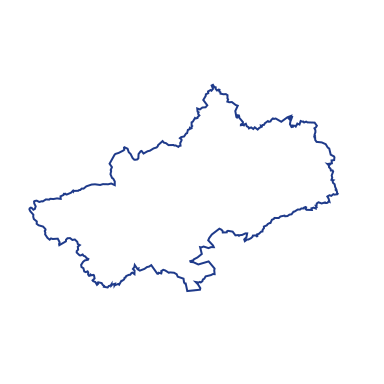 outline of Monte Escobedo, Zacatecas, Mexico, rotated 47°
{"feature_id": "50627088B79961961900141", "entity_name": "Monte Escobedo", "entity_type": "district", "adm_level": 2, "iso_a3": "MEX", "parent_name": "Mexico", "parent_adm1": "Zacatecas", "projection": "orthographic", "projection_center": [-103.457, 22.38], "detail": "fine", "context": "isolated", "style": "outline", "palette": "blue", "viewbox_px": 384, "rotation_deg": 47, "n_neighbors": 0, "source": "geoboundaries", "source_scale": "gbopen_adm2", "svg_char_len": 6054}
<svg xmlns="http://www.w3.org/2000/svg" viewBox="0 0 384 384"><g transform="rotate(47 192 192)"><path d="M261.2,263.0L268.9,252.8L268.0,251.5L263.5,250.6L260.3,250.7L262.7,248.9L263.1,247.6L264.1,247.3L264.3,245.2L263.4,243.7L263.8,242.2L263.0,239.6L265.7,234.8L266.3,232.6L267.5,231.5L264.5,229.2L263.4,227.7L254.1,227.2L249.3,236.8L244.4,238.8L242.2,240.7L241.4,240.4L242.8,237.6L242.5,236.6L243.6,232.6L244.0,227.1L237.9,223.7L238.8,223.1L239.8,220.7L244.3,218.2L245.3,215.7L247.2,213.7L245.5,213.1L238.4,213.1L237.4,210.8L236.6,206.5L237.5,197.0L239.6,196.2L241.4,196.2L242.6,197.1L245.2,194.1L244.6,193.1L244.9,192.2L248.7,189.3L253.3,189.8L255.0,187.6L256.0,187.5L255.9,186.9L257.6,184.6L258.7,181.2L259.9,179.9L262.2,183.1L262.3,186.1L264.0,186.9L264.3,184.2L265.2,183.2L266.0,180.3L266.0,178.3L265.4,177.2L267.1,175.1L268.7,174.8L268.8,174.2L267.4,173.3L268.2,171.6L268.2,168.4L268.9,167.4L267.8,166.0L267.5,164.0L266.3,163.0L267.4,160.1L267.1,158.6L267.6,156.5L268.2,155.8L266.8,152.5L267.5,150.6L267.2,149.4L270.2,146.3L270.2,144.0L272.4,140.4L273.2,140.5L274.7,138.6L275.0,136.2L276.2,134.4L275.6,131.2L276.2,130.5L276.9,126.7L278.5,125.0L278.6,123.3L280.1,121.7L279.8,120.9L280.4,119.2L281.1,119.0L282.0,120.5L283.1,120.4L286.9,116.6L285.4,115.8L286.4,113.7L288.4,112.8L288.0,112.5L288.2,111.3L286.4,110.8L286.9,110.2L285.5,108.6L285.8,106.5L288.8,105.0L290.3,101.9L290.8,102.1L291.8,101.1L292.3,100.2L292.0,98.4L292.8,98.1L290.0,96.6L287.6,96.1L287.7,95.4L288.2,93.6L289.8,92.8L290.0,90.1L291.0,89.7L292.8,87.2L292.6,86.6L291.9,86.7L290.2,85.5L288.6,85.5L288.7,84.8L285.8,83.8L283.6,82.4L281.5,82.6L279.8,81.7L279.8,80.6L278.2,81.7L277.2,79.7L275.2,78.6L273.3,74.8L272.1,74.5L271.0,75.8L269.4,74.8L267.4,74.9L265.9,73.8L264.0,73.8L266.0,72.5L266.0,71.7L265.3,71.8L266.4,70.1L264.1,68.4L265.6,66.3L263.8,64.2L262.8,63.9L259.3,65.1L253.8,62.0L252.1,62.4L248.2,61.6L244.2,63.3L240.3,66.7L238.0,66.4L236.1,64.8L235.7,65.2L234.6,64.6L234.7,63.7L233.7,63.3L232.4,60.9L230.9,59.6L228.9,59.0L229.2,57.3L228.7,55.5L224.9,55.0L219.8,60.1L218.4,60.5L217.6,62.6L216.3,62.6L215.9,63.3L214.2,64.1L215.9,67.3L215.1,67.5L214.5,68.7L213.9,68.6L214.9,71.5L213.8,71.6L212.1,73.0L213.1,73.7L212.4,74.9L209.2,74.1L207.6,72.1L205.3,67.4L204.3,67.6L205.4,71.1L204.0,71.1L203.5,68.6L202.4,71.3L201.5,78.8L195.3,80.7L194.4,82.3L193.4,82.6L193.3,84.5L193.9,86.5L193.1,87.9L191.9,88.1L191.4,91.9L192.0,93.5L191.1,94.8L191.7,96.2L190.6,96.5L191.6,97.2L191.0,99.0L191.1,101.4L187.5,102.0L187.7,104.2L185.1,104.7L184.3,107.0L183.1,106.5L181.3,107.1L178.8,106.1L178.3,107.6L178.7,108.6L177.6,109.1L176.5,110.7L176.0,110.2L176.5,108.2L175.7,107.1L168.6,106.7L168.8,105.9L168.0,105.5L166.7,106.5L167.7,106.9L168.2,108.3L167.4,108.4L162.3,105.1L160.1,99.7L158.2,100.7L153.4,101.5L151.7,103.6L150.0,104.5L148.9,102.4L147.8,102.3L145.4,100.0L143.5,100.5L142.0,102.3L139.5,104.1L138.4,103.2L137.1,103.5L136.0,102.2L135.3,102.6L134.8,104.5L132.4,104.3L131.6,103.3L130.3,104.1L127.9,103.6L127.5,105.0L130.9,106.3L131.2,108.7L130.1,108.9L129.4,111.7L130.8,112.7L130.0,115.2L131.1,116.5L132.4,121.0L139.0,121.7L139.3,124.3L137.3,126.8L137.0,129.9L134.5,131.2L137.0,133.1L138.2,132.8L138.6,133.8L139.5,134.4L141.0,134.4L141.1,137.0L141.6,137.5L140.8,139.1L139.9,139.3L141.1,143.3L140.8,144.8L143.2,147.0L143.9,146.9L144.1,148.0L145.1,148.8L144.6,150.0L143.8,150.0L144.4,151.0L143.8,152.7L145.6,155.4L145.2,156.6L146.0,159.9L144.5,162.4L144.4,164.1L146.3,163.8L147.1,164.4L148.2,167.3L150.3,168.8L149.6,170.0L149.7,171.2L146.8,172.2L145.9,173.3L145.0,173.5L141.7,177.2L138.6,177.7L136.7,178.9L134.7,178.8L134.6,184.9L135.2,185.9L135.3,187.5L133.9,190.4L133.1,194.6L131.9,196.7L130.8,201.2L127.6,200.9L127.2,201.7L127.8,205.2L130.8,208.3L130.9,209.7L129.9,211.3L129.0,212.2L126.7,212.3L122.4,211.0L119.7,211.1L116.4,209.6L113.2,210.9L113.2,211.5L114.9,212.7L114.9,213.7L113.4,219.0L111.9,222.1L112.0,223.4L115.1,233.0L119.2,233.6L120.5,236.5L121.5,236.8L123.4,239.5L127.2,240.9L128.5,240.5L131.6,241.3L134.3,243.8L130.7,245.3L129.2,248.0L125.5,251.8L124.2,254.4L120.2,257.7L118.1,260.3L115.8,265.4L115.6,269.0L114.3,270.3L114.3,272.4L113.6,273.3L113.5,274.4L110.6,277.7L110.8,278.4L109.9,278.1L110.0,281.0L108.4,285.4L106.8,285.9L106.9,286.5L106.0,287.0L106.5,288.2L105.5,291.1L107.5,292.7L104.6,295.1L102.6,298.2L100.3,300.3L100.2,301.6L97.8,303.9L97.1,307.6L96.4,308.0L95.1,310.5L92.4,311.5L91.4,313.0L91.2,313.9L92.8,315.2L95.9,316.1L97.2,318.5L96.8,320.1L94.2,320.1L93.4,320.7L93.3,322.0L93.9,322.8L95.9,323.4L100.4,323.5L101.8,325.0L103.9,326.1L107.7,325.6L109.3,327.3L111.7,326.9L115.7,324.5L119.1,324.5L119.8,324.9L120.1,326.3L121.7,327.0L122.8,328.3L127.0,329.0L129.8,328.6L129.8,326.8L131.4,325.9L134.6,322.0L138.5,323.1L139.4,324.7L140.4,325.3L142.1,317.9L141.0,316.7L140.9,314.6L142.6,312.6L145.5,312.2L146.8,310.1L150.2,309.9L152.2,311.0L154.3,310.3L154.1,312.8L156.5,314.6L156.6,316.6L157.6,317.6L161.6,317.4L162.5,316.6L163.1,314.6L164.7,314.8L166.4,314.0L168.3,314.2L170.3,313.5L170.6,314.3L168.9,317.1L168.8,319.3L169.7,322.8L171.5,324.0L173.7,323.4L176.6,325.0L178.2,324.3L178.8,322.5L180.0,322.7L181.4,324.2L183.0,324.5L183.6,323.9L183.1,322.5L184.5,322.2L185.3,320.7L186.1,320.5L188.8,322.2L188.8,325.0L189.8,325.1L191.9,324.1L195.1,324.8L195.1,323.4L194.0,322.7L194.0,322.2L197.0,320.2L199.1,320.7L200.7,320.3L201.2,321.1L204.3,318.8L204.0,317.0L204.9,315.3L204.5,313.7L205.4,314.6L205.3,313.5L206.2,311.7L206.4,312.7L206.6,311.7L207.3,312.3L207.1,311.7L207.6,311.5L207.3,310.9L208.0,310.9L209.0,308.6L210.1,308.5L208.8,304.2L209.3,303.7L209.6,301.2L208.7,299.8L209.2,299.0L208.6,297.5L209.5,294.7L210.4,293.6L210.0,291.5L210.3,290.6L212.8,290.1L210.3,287.6L208.0,287.7L207.6,285.3L206.4,283.7L211.0,284.4L211.4,283.4L212.0,284.3L213.9,283.8L215.8,279.2L216.2,276.1L217.3,274.2L217.7,271.7L228.1,273.1L228.7,272.5L228.3,271.5L230.6,270.0L229.8,268.8L228.9,268.5L229.3,266.1L231.1,265.1L235.3,264.0L235.7,263.0L238.8,260.2L241.7,259.3L244.2,260.2L249.6,257.3L252.4,259.3L253.8,259.7L254.6,259.0L261.2,263.0Z" fill="none" stroke="#1e3a8a" stroke-width="2"/></g></svg>